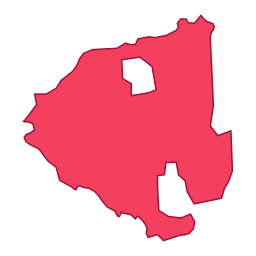 map outline of Zala (Robinson projection)
{"feature_id": "HUN-3159", "entity_name": "Zala", "entity_type": "County", "adm_level": 1, "iso_a3": "HUN", "parent_name": "Hungary", "parent_adm1": "", "projection": "robinson", "projection_center": [16.808, 46.674], "detail": "fine", "context": "isolated", "style": "filled", "palette": "rose", "viewbox_px": 256, "rotation_deg": 0, "n_neighbors": 0, "source": "natural_earth", "source_scale": "10m", "svg_char_len": 1539}
<svg xmlns="http://www.w3.org/2000/svg" viewBox="0 0 256 256"><path d="M74.8,189.6L71.5,186.8L61.0,181.1L59.6,180.2L56.1,167.2L48.0,161.1L39.0,149.1L30.4,144.7L26.0,141.7L25.0,139.5L24.1,137.5L26.3,134.5L30.9,132.6L32.4,131.4L34.3,129.8L33.0,124.1L29.3,122.0L24.8,121.8L23.6,121.3L24.9,120.1L36.7,104.6L34.6,94.1L46.1,94.1L56.3,88.3L61.2,80.4L72.3,71.6L76.6,66.0L79.5,58.9L83.6,53.3L92.7,49.6L116.9,48.3L125.5,43.1L130.8,44.7L135.3,44.5L138.1,38.9L149.2,36.8L155.1,37.6L166.3,35.4L176.4,30.3L178.4,27.0L177.3,23.3L180.6,19.0L186.4,19.1L187.2,21.6L188.8,23.2L191.6,22.8L194.3,23.4L201.0,15.4L203.5,18.6L206.5,21.3L212.8,23.7L214.3,26.6L213.1,29.9L211.1,33.0L210.2,36.8L213.4,105.0L210.3,126.0L217.8,135.6L230.9,130.9L232.4,170.8L228.6,181.6L224.5,188.3L221.5,198.2L194.1,203.9L187.2,191.8L185.1,180.7L178.6,175.1L176.2,162.1L166.0,162.6L164.4,174.7L157.5,175.7L157.5,184.7L158.0,196.3L158.8,210.5L168.5,216.5L181.1,218.0L190.5,214.1L194.7,221.9L193.5,228.7L189.0,233.6L184.7,234.8L180.5,235.1L163.5,240.6L157.4,234.5L148.1,237.5L146.3,233.0L147.1,228.2L144.7,223.3L143.3,221.6L141.1,219.1L138.0,216.4L136.7,216.4L136.2,217.8L135.5,218.8L133.9,217.6L132.8,216.4L131.8,215.5L130.7,214.8L129.7,214.4L123.1,213.1L121.4,212.1L119.6,216.4L117.9,216.4L114.9,211.1L107.5,207.1L102.9,202.0L99.0,196.2L94.6,191.5L89.4,188.4L82.9,187.3L80.7,186.1L78.8,185.9L77.3,186.9L76.3,189.6L74.8,189.6ZM131.3,95.6L147.0,93.1L156.1,90.0L152.1,66.6L139.9,57.1L121.7,59.8L122.7,78.6L131.3,83.7L131.3,95.6Z" fill="#f43f5e" stroke="#9f1239" stroke-width="1.5"/></svg>